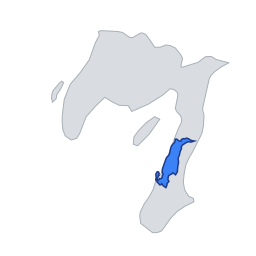 location of Nippes within Haiti, rotated 284°
{"feature_id": "HTI-1360", "entity_name": "Nippes", "entity_type": "Department", "adm_level": 1, "iso_a3": "HTI", "parent_name": "Haiti", "parent_adm1": "", "projection": "natural_earth1", "projection_center": [-73.453, 18.404], "detail": "fine", "context": "in_parent", "style": "filled", "palette": "blue", "viewbox_px": 256, "rotation_deg": 284, "n_neighbors": 0, "source": "natural_earth", "source_scale": "10m", "svg_char_len": 2531}
<svg xmlns="http://www.w3.org/2000/svg" viewBox="0 0 256 256"><g transform="rotate(284 128 128)"><path d="M214.5,76.0L216.0,78.4L219.1,94.5L219.4,99.6L216.3,107.4L216.8,110.5L223.5,117.7L223.6,120.3L222.9,122.9L217.1,129.7L212.8,134.4L214.2,139.7L217.8,144.8L218.2,149.0L217.1,154.6L211.7,161.6L208.8,164.1L200.7,164.4L199.8,165.4L203.9,172.2L208.5,179.9L215.9,185.9L217.6,191.5L215.8,196.8L215.6,210.0L209.8,203.6L203.5,198.3L199.7,196.2L195.8,194.9L165.8,195.6L162.5,196.5L159.9,198.2L157.1,199.0L148.8,200.6L140.6,201.0L121.4,196.7L113.9,194.5L106.2,193.1L97.5,193.5L88.7,194.8L81.7,197.9L76.5,203.4L75.5,208.5L72.4,209.8L65.4,201.7L58.9,195.9L51.5,191.6L36.3,185.5L33.6,181.7L32.4,177.2L38.5,163.3L45.5,160.7L49.3,160.2L57.9,162.0L66.3,165.1L74.0,167.2L85.8,168.0L92.3,171.4L137.8,176.7L146.5,178.4L149.9,177.8L152.8,175.8L155.2,172.0L158.1,169.2L171.6,168.5L174.4,167.3L176.4,163.3L176.3,159.3L168.4,153.8L155.9,141.8L145.0,127.6L149.7,122.8L147.9,114.1L149.6,106.0L152.2,98.1L141.4,91.3L128.6,84.6L110.9,82.4L105.5,80.7L102.6,75.7L105.2,68.9L110.9,65.1L117.5,62.8L124.2,61.2L140.5,59.2L156.6,61.4L170.6,68.4L184.8,73.9L202.7,75.7L210.8,77.7L214.5,76.0ZM145.4,151.1L144.2,156.7L127.0,150.0L113.0,141.6L113.6,137.0L120.7,135.9L127.6,138.7L137.7,144.4L145.4,151.1ZM154.8,50.5L157.5,52.4L156.5,54.6L149.7,53.2L142.7,50.7L140.4,51.3L138.9,51.0L134.8,48.5L138.4,46.6L142.2,46.0L146.2,46.2L154.8,50.5Z" fill="#d9dde1" stroke="#a8b0b8" stroke-width="1"/><path d="M82.3,169.7L83.0,169.2L83.3,168.8L84.2,167.6L84.6,167.4L85.2,167.3L85.7,167.4L86.3,167.4L89.3,166.4L90.2,166.2L92.6,166.9L92.7,168.3L91.3,169.3L89.5,169.0L89.5,169.5L88.0,168.9L86.7,168.7L85.4,168.9L84.0,169.5L84.4,169.8L85.5,170.5L86.6,170.8L86.7,171.3L86.7,171.9L87.0,172.5L88.2,173.1L90.3,172.8L91.4,173.4L93.8,171.7L96.7,171.3L107.3,172.3L108.7,172.6L111.4,174.1L112.9,174.5L118.3,174.3L121.0,174.5L123.3,175.5L124.6,176.3L125.6,176.8L126.8,176.9L128.5,176.5L128.9,177.4L128.9,178.4L127.8,180.4L128.0,182.5L129.7,182.6L130.9,183.9L131.4,185.9L132.4,187.4L132.1,189.7L131.3,192.0L131.3,193.7L131.4,195.5L129.7,192.8L129.1,189.4L127.0,187.1L124.4,184.8L122.8,184.3L121.2,184.8L119.5,184.6L117.8,184.3L114.2,184.4L110.7,183.9L108.6,184.8L106.1,185.5L104.0,185.5L101.9,185.7L97.6,186.5L94.1,185.5L94.8,183.8L95.4,182.4L93.9,181.5L92.9,180.2L91.7,179.0L89.9,178.9L87.7,179.2L86.2,180.6L85.1,180.2L83.7,179.4L81.5,179.6L79.3,179.2L80.5,176.1L82.0,174.2L80.9,173.7L80.5,172.5L81.7,171.0L82.3,169.7L82.3,169.7Z" fill="#3b82f6" stroke="#1e3a8a" stroke-width="1.5"/></g></svg>